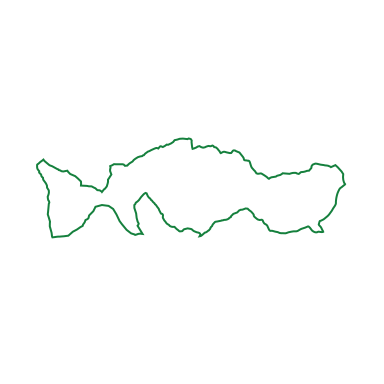 Dagala, Thimphu, Bhutan, rotated 247°
{"feature_id": "84629894B90537236845167", "entity_name": "Dagala", "entity_type": "district", "adm_level": 2, "iso_a3": "BTN", "parent_name": "Bhutan", "parent_adm1": "Thimphu", "projection": "orthographic", "projection_center": [89.65, 27.288], "detail": "fine", "context": "isolated", "style": "outline", "palette": "green", "viewbox_px": 384, "rotation_deg": 247, "n_neighbors": 0, "source": "geoboundaries", "source_scale": "gbopen_adm2", "svg_char_len": 6083}
<svg xmlns="http://www.w3.org/2000/svg" viewBox="0 0 384 384"><g transform="rotate(247 192 192)"><path d="M160.7,334.5L160.6,329.6L160.9,329.5L161.7,328.8L163.0,327.5L163.7,326.4L164.4,325.1L164.7,324.6L165.3,323.8L166.9,321.1L169.2,318.0L169.9,316.7L170.0,315.9L170.0,313.8L169.6,313.0L169.0,312.1L167.9,311.5L167.3,311.0L166.8,309.8L165.9,308.1L166.3,306.9L166.6,305.8L166.6,304.6L166.9,302.7L167.4,301.0L167.7,300.2L167.5,299.2L167.0,298.0L167.0,297.2L168.0,295.9L169.0,295.1L169.7,293.6L170.2,292.1L170.5,290.3L170.6,288.9L173.8,282.8L173.5,281.8L173.2,280.0L173.7,276.7L173.4,275.2L174.5,270.8L174.4,269.1L174.1,268.0L174.9,267.4L176.6,266.7L178.8,265.3L181.5,263.4L182.2,262.7L182.7,260.9L183.0,259.8L184.0,258.6L186.7,258.1L187.8,257.6L191.2,256.5L192.9,256.5L196.8,256.9L198.0,256.8L198.7,256.3L198.9,255.7L199.7,254.6L200.5,253.1L201.0,252.6L202.0,252.6L203.1,252.8L204.4,252.6L209.8,251.1L212.3,248.6L213.5,247.7L214.0,246.6L214.0,245.8L212.6,243.4L213.0,242.1L214.9,239.4L216.3,237.7L216.7,236.6L216.7,235.5L216.5,233.7L217.1,233.4L218.6,233.3L220.1,232.8L221.7,232.4L223.5,231.6L224.3,230.6L224.6,230.0L225.6,229.8L226.2,229.5L226.8,228.9L226.8,227.3L227.1,226.5L227.9,225.3L228.1,224.1L228.2,222.6L228.1,221.3L228.5,219.5L229.7,218.0L231.3,216.8L231.6,215.0L231.3,213.4L231.3,211.0L231.5,209.4L233.0,209.6L234.8,210.1L238.1,211.1L239.4,211.8L240.9,211.7L241.9,210.8L242.6,209.7L242.4,208.6L244.7,204.5L245.8,201.4L246.0,198.9L246.5,196.2L245.4,194.3L244.9,191.7L244.8,188.4L245.5,187.3L245.0,185.0L244.8,182.7L246.3,181.2L246.4,180.4L245.4,178.3L245.2,178.0L246.2,176.9L246.5,176.3L246.6,174.5L246.5,170.7L246.3,168.7L246.4,167.2L245.6,163.8L244.7,162.1L244.9,161.3L244.5,160.2L245.0,158.1L245.2,155.7L244.7,152.7L244.2,150.8L243.3,149.2L242.8,146.0L242.3,144.3L241.6,142.8L242.3,140.5L243.9,139.9L244.7,138.9L247.2,132.9L248.1,131.1L247.8,128.9L247.8,126.8L246.2,126.5L244.9,125.5L243.3,124.8L239.6,124.6L238.6,123.1L237.0,120.8L236.2,119.5L234.2,118.7L232.8,117.7L230.4,115.7L229.0,113.1L228.8,112.0L227.2,109.1L227.7,109.0L229.6,107.7L230.7,105.6L233.2,104.5L234.5,103.3L236.4,101.8L237.6,99.2L238.6,97.8L241.3,92.3L243.3,93.3L245.1,93.9L249.1,92.2L252.2,90.7L256.2,86.9L259.1,85.8L260.3,85.6L261.2,81.5L262.2,79.9L263.2,79.3L264.3,77.9L264.9,77.9L265.8,76.9L270.3,73.4L272.3,71.3L275.6,69.6L278.2,68.3L278.9,68.1L279.9,67.9L279.4,66.3L278.9,64.0L278.0,61.6L277.9,60.7L277.6,60.1L276.6,59.6L274.7,58.9L273.3,58.8L271.7,59.2L270.8,59.5L269.6,58.9L268.2,59.4L267.5,59.8L266.7,59.9L265.7,59.6L264.5,59.8L263.4,60.4L261.6,59.9L260.8,60.0L258.8,60.5L256.9,60.9L254.7,61.0L252.6,60.3L249.5,60.8L247.7,60.2L246.5,59.5L245.5,58.7L244.0,57.3L241.9,56.7L240.3,56.5L239.4,56.8L238.0,56.5L237.1,55.6L229.5,51.5L228.5,50.9L227.7,50.5L224.4,50.2L220.2,49.7L218.9,49.0L216.0,47.7L209.3,46.8L205.8,45.8L204.8,45.8L204.2,47.8L203.8,49.4L203.2,51.5L202.9,52.0L201.3,56.8L200.1,61.1L202.0,66.8L202.4,71.4L203.3,75.7L203.5,78.1L204.6,79.0L206.0,81.3L207.8,83.0L207.9,85.3L208.5,86.6L210.6,88.1L212.9,93.7L216.1,97.4L215.2,104.0L211.8,109.8L207.2,112.8L200.8,113.7L193.5,114.0L189.8,114.9L182.7,117.0L177.7,119.8L175.3,122.6L174.8,122.8L174.6,123.3L174.4,126.3L173.9,128.0L172.7,130.1L182.2,128.7L183.0,130.0L183.8,130.6L186.0,130.4L189.7,130.9L194.1,132.2L199.8,132.7L202.5,133.8L203.1,135.1L204.1,136.1L204.6,138.2L205.3,140.0L207.2,143.1L208.9,146.8L209.3,148.8L208.5,149.7L205.8,149.7L203.8,150.1L202.2,151.0L200.9,151.1L200.3,151.5L199.5,151.9L198.7,152.0L198.1,152.2L196.1,153.1L195.3,153.1L194.6,153.5L193.9,153.8L191.8,154.2L189.7,154.8L188.4,154.7L184.3,155.0L183.9,155.4L183.6,155.9L183.3,156.1L182.7,156.3L181.9,156.2L180.8,155.6L179.7,155.1L176.6,155.4L175.1,155.9L173.2,156.3L172.2,156.8L170.7,157.9L169.4,158.3L168.2,159.4L167.5,160.4L166.7,162.3L165.3,162.8L163.7,163.5L162.0,164.5L161.2,164.8L160.5,165.4L160.4,165.7L159.9,167.3L159.8,167.8L159.9,168.1L160.1,168.4L160.4,169.0L160.8,170.1L160.2,173.8L159.8,174.4L158.3,176.7L157.6,177.3L156.8,177.6L155.5,178.3L154.8,178.9L153.0,180.7L152.2,181.9L151.3,182.8L150.5,183.1L149.9,183.2L149.4,183.1L148.3,181.7L148.1,182.7L148.1,183.1L148.3,184.1L148.4,184.5L149.6,187.9L149.4,188.8L149.5,189.7L149.6,190.3L150.1,192.0L150.1,192.6L150.4,193.1L151.1,194.5L151.8,195.0L152.3,195.8L152.9,197.3L153.6,197.9L154.2,198.8L155.4,201.4L155.4,202.1L155.1,203.3L154.9,204.1L154.7,205.2L154.5,206.0L154.4,206.7L154.2,207.4L154.2,208.5L153.9,209.1L153.8,210.0L153.8,210.5L153.6,211.2L153.2,212.2L153.1,213.0L153.0,214.1L153.2,215.7L153.6,216.2L153.7,217.2L153.7,217.9L154.3,218.3L154.8,219.2L154.9,219.6L155.7,221.5L155.5,225.7L156.6,228.2L156.6,230.0L156.2,230.9L156.0,232.0L155.9,234.9L154.9,236.7L153.0,237.5L150.8,238.8L147.9,239.8L146.8,239.9L146.0,239.6L145.0,239.7L143.5,240.4L141.8,241.3L140.9,241.9L139.8,243.3L139.2,245.4L138.5,245.9L138.1,246.0L136.9,245.9L135.4,246.1L134.5,246.4L133.1,247.5L131.8,248.1L127.1,248.2L126.1,248.6L125.7,248.8L124.9,250.7L124.3,251.5L123.0,253.1L121.6,255.2L121.2,255.6L120.1,256.6L119.8,257.0L119.3,257.9L118.7,259.3L117.8,261.1L117.4,262.1L117.3,263.1L117.2,265.1L116.6,268.2L116.1,270.1L115.1,272.5L115.0,273.0L114.9,273.5L114.9,274.5L115.0,275.0L115.2,276.5L115.3,277.6L115.3,278.6L115.0,282.2L115.0,282.7L115.0,284.2L115.0,285.2L114.8,285.7L114.4,286.0L113.9,286.2L113.0,286.6L111.0,287.1L109.5,287.5L109.1,287.8L108.2,288.3L107.1,289.3L106.8,289.7L106.5,290.2L106.3,290.6L106.1,291.1L106.1,292.6L106.0,293.1L104.9,294.8L104.4,295.8L104.1,296.7L104.1,297.2L104.6,297.3L106.1,297.1L108.7,297.0L109.7,296.8L111.6,296.1L112.1,296.0L112.6,296.0L113.0,296.3L115.0,297.9L115.3,298.3L115.3,298.8L115.2,299.4L115.3,300.9L115.4,302.4L115.8,303.9L116.7,306.9L117.2,308.3L117.9,309.7L118.7,311.0L120.0,313.2L121.8,315.6L123.5,318.2L124.5,319.4L124.9,319.7L125.3,320.0L127.1,320.8L128.9,321.8L130.2,322.6L131.5,323.5L132.7,324.4L133.9,325.4L135.0,326.5L136.0,327.6L137.0,328.8L137.5,329.7L137.7,330.2L138.0,331.7L138.7,334.1L139.1,335.6L139.4,336.0L140.7,335.7L142.0,335.7L144.1,336.0L146.6,336.8L149.4,338.2L152.4,337.7L157.9,335.8L160.7,334.5Z" fill="none" stroke="#15803d" stroke-width="2"/></g></svg>